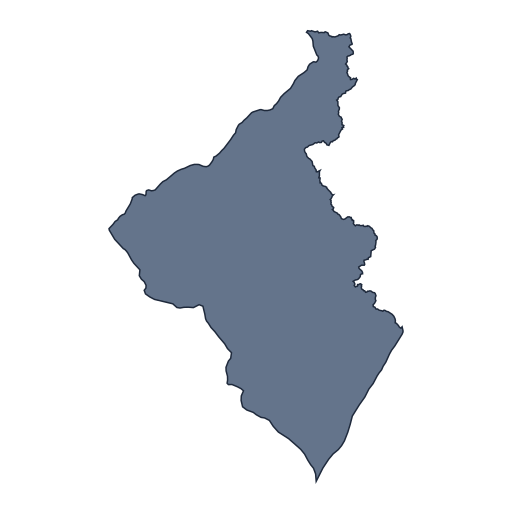 the district of Sing, Louang Namtha, Laos
{"feature_id": "54806243B57426312908571", "entity_name": "Sing", "entity_type": "district", "adm_level": 2, "iso_a3": "LAO", "parent_name": "Laos", "parent_adm1": "Louang Namtha", "projection": "robinson", "projection_center": [101.175, 21.271], "detail": "fine", "context": "isolated", "style": "filled", "palette": "slate", "viewbox_px": 512, "rotation_deg": 0, "n_neighbors": 0, "source": "geoboundaries", "source_scale": "gbopen_adm2", "svg_char_len": 6021}
<svg xmlns="http://www.w3.org/2000/svg" viewBox="0 0 512 512"><path d="M316.2,481.3L322.9,468.0L328.7,459.2L333.1,453.9L338.3,449.6L341.6,445.6L344.4,440.9L347.8,432.2L350.2,424.3L352.3,416.1L359.4,404.7L364.8,397.1L368.9,389.0L373.1,383.6L377.2,375.8L379.1,372.9L381.6,369.8L383.1,366.3L385.8,362.2L389.4,354.2L391.6,350.2L394.7,346.1L402.1,334.2L403.0,332.0L403.0,330.7L402.1,326.8L401.0,328.1L400.6,328.1L399.2,326.9L398.4,325.5L396.4,323.3L395.2,322.8L395.4,320.4L395.0,318.7L393.8,316.2L392.1,314.3L388.1,311.7L386.5,311.4L385.2,310.5L384.0,310.2L382.8,311.2L382.0,310.8L379.2,310.2L377.6,309.0L376.1,309.1L374.8,307.1L373.3,306.6L373.1,304.7L374.4,303.5L375.9,300.7L375.3,299.3L375.4,297.2L376.0,295.8L375.2,293.5L374.5,292.7L372.7,292.4L370.9,291.0L369.3,290.9L368.4,291.3L367.5,291.2L366.8,292.1L365.6,292.3L364.7,290.8L363.6,290.7L363.1,289.8L361.6,289.0L361.3,287.3L361.6,286.4L361.3,285.8L361.8,284.8L360.7,283.8L359.8,283.9L358.3,284.7L357.6,284.6L357.5,286.1L357.1,286.4L355.9,286.5L355.3,286.9L354.2,285.6L354.9,284.0L354.1,282.2L353.1,281.3L355.6,279.9L356.8,279.8L358.4,279.0L360.2,276.7L360.5,274.6L361.6,273.9L362.6,273.8L362.5,272.3L361.7,270.8L359.1,268.5L358.7,267.0L361.5,265.2L364.3,265.2L364.7,264.4L364.4,262.7L363.9,261.4L364.1,260.2L365.9,259.8L366.7,259.3L368.1,259.3L368.4,257.7L370.7,256.6L371.2,250.7L374.5,249.1L375.5,247.4L375.1,246.2L375.6,245.0L376.0,241.9L375.8,240.5L377.0,239.4L377.3,238.1L377.0,236.5L376.0,235.5L375.1,235.2L375.0,234.0L374.0,233.1L373.7,230.6L372.9,230.0L372.0,228.4L370.6,227.6L369.5,226.4L367.7,225.7L367.1,226.4L366.2,226.1L365.4,226.5L364.0,226.4L363.1,225.2L362.5,225.6L360.1,225.6L359.1,224.9L358.3,225.3L358.0,225.0L356.6,224.9L355.3,225.8L353.9,224.4L353.3,223.4L353.7,222.4L353.6,220.6L352.3,220.4L352.5,219.7L351.6,219.1L351.2,217.5L350.6,217.6L349.6,216.9L347.7,216.9L344.9,219.0L343.7,219.4L343.1,219.3L341.4,218.6L340.7,216.7L339.1,214.6L337.8,214.1L337.4,213.2L334.0,211.5L333.2,210.2L332.4,209.5L333.3,208.9L333.7,207.5L331.9,206.0L331.7,204.9L330.9,204.1L331.2,202.3L330.8,201.3L331.1,200.7L330.2,199.5L330.9,199.0L332.0,196.9L332.1,196.2L333.3,194.9L332.9,195.0L331.2,193.6L330.9,192.5L328.1,189.7L326.8,188.1L326.7,187.3L325.2,186.4L323.1,186.0L322.8,185.5L321.9,185.1L321.4,183.3L320.0,182.8L320.3,182.1L319.8,180.9L320.1,178.0L318.8,177.8L319.4,175.8L319.4,171.6L320.0,170.5L317.2,171.9L316.3,171.7L316.1,169.9L314.7,167.9L314.3,166.3L312.9,165.6L312.1,161.5L309.8,158.9L308.7,158.4L306.9,156.5L306.2,153.7L305.6,153.1L304.6,151.4L304.4,149.2L305.7,147.6L307.4,147.1L309.1,145.5L312.8,144.5L315.2,142.7L316.7,143.0L318.7,142.0L319.7,142.6L321.4,142.4L322.1,141.1L323.5,140.8L324.6,142.5L325.3,142.6L326.4,143.7L326.8,144.8L328.9,145.4L330.1,142.9L331.2,141.6L332.5,141.8L333.3,140.6L334.8,140.3L336.2,139.0L336.9,138.8L337.6,137.7L338.7,137.3L339.0,136.6L338.6,134.8L341.0,130.1L342.5,129.0L341.9,127.8L342.6,127.3L343.6,127.3L343.4,126.3L343.8,125.5L342.0,124.7L342.1,122.4L341.5,121.3L342.2,119.2L341.4,118.3L341.3,117.3L339.4,116.3L338.3,114.3L338.7,112.5L338.4,111.2L339.3,109.3L339.4,107.7L337.9,105.5L337.9,101.7L336.7,100.1L337.9,99.4L338.2,98.0L339.1,96.9L340.7,96.6L342.1,94.2L343.5,93.5L345.5,93.1L345.8,91.2L346.6,90.8L348.2,90.5L349.5,89.5L350.7,89.1L352.5,86.9L354.1,85.8L355.1,84.8L355.4,83.3L357.3,79.6L356.5,79.1L356.2,78.1L355.1,79.0L354.4,78.8L353.8,78.3L352.0,79.4L350.5,79.6L350.3,78.7L350.6,77.9L348.5,76.3L347.8,75.1L347.7,74.2L346.9,72.5L347.6,71.0L347.3,70.6L347.5,69.6L348.7,68.7L347.9,67.7L347.9,66.9L347.1,66.3L347.0,65.4L345.6,64.0L346.7,62.6L347.3,61.4L346.9,59.9L347.2,58.4L346.9,57.0L348.2,55.9L349.0,55.9L350.6,55.2L351.1,54.6L352.9,54.2L353.3,53.4L353.1,51.2L348.9,46.8L350.1,45.0L352.0,44.4L352.2,43.9L351.4,41.6L350.9,38.8L350.2,37.9L350.8,36.5L350.7,35.8L350.0,34.0L349.4,33.5L348.0,33.9L347.2,34.6L345.8,34.9L343.7,34.2L340.8,35.0L339.2,34.7L338.1,35.8L335.1,36.9L334.0,36.9L332.8,36.6L332.1,37.0L331.1,36.2L329.5,35.8L328.8,35.2L327.9,32.9L325.3,31.8L324.9,31.9L324.3,32.6L321.0,32.4L318.7,32.8L317.6,31.2L315.1,31.9L311.4,30.7L310.6,31.2L307.6,30.7L306.5,32.3L308.4,33.6L312.2,38.6L312.9,41.1L313.3,46.2L316.8,55.0L318.0,56.1L318.5,57.6L318.3,59.0L317.5,60.8L316.1,62.1L315.4,62.2L314.9,61.9L313.3,61.8L309.6,64.2L308.1,66.6L307.1,69.9L304.0,72.6L298.3,76.3L294.9,80.5L293.4,83.7L290.5,88.4L284.2,93.6L280.6,97.3L278.6,101.0L276.5,103.7L274.3,105.6L272.8,108.7L269.9,110.0L267.4,110.5L264.3,110.5L261.1,109.6L259.9,109.7L252.9,112.0L251.5,112.8L246.8,117.9L244.0,120.3L242.1,122.5L239.3,124.2L238.4,125.3L236.2,129.6L235.6,132.8L233.5,135.2L230.5,139.8L223.9,148.5L221.8,150.5L219.6,153.1L216.0,156.1L213.8,157.1L213.3,159.4L212.0,161.7L209.5,165.1L207.9,166.2L206.3,166.7L204.5,166.5L203.1,166.3L198.9,164.5L196.7,164.4L194.3,164.4L190.3,165.5L184.5,168.3L181.2,169.3L177.4,171.0L174.4,173.0L166.4,179.8L162.9,181.6L160.5,183.9L155.2,189.9L153.5,190.5L151.5,190.8L148.7,189.9L146.8,190.5L146.2,191.2L146.0,194.3L145.6,195.3L145.1,195.7L142.6,194.6L139.3,193.9L138.3,194.0L135.1,195.2L132.3,197.6L132.2,198.9L130.3,203.9L126.0,211.0L125.2,213.1L124.4,214.1L122.3,214.8L120.0,216.4L118.3,218.5L117.8,219.7L115.1,221.5L113.0,224.4L109.0,228.6L109.3,230.2L114.7,239.3L123.4,248.7L124.8,249.4L126.5,251.2L127.9,253.1L131.5,259.8L133.9,263.3L139.9,269.8L139.3,275.7L141.4,279.2L144.2,281.6L146.1,285.4L145.9,288.1L144.2,290.3L145.5,293.9L149.9,297.0L154.5,299.4L172.8,303.8L176.9,307.5L180.0,308.0L184.0,307.3L188.3,307.2L193.4,307.6L199.1,304.7L202.9,306.2L204.8,314.0L205.6,318.8L206.6,321.1L208.4,323.3L211.0,327.5L214.9,331.7L218.8,336.9L224.7,343.8L227.5,348.6L231.5,352.7L230.7,358.3L228.4,361.1L226.0,367.3L226.1,370.9L227.5,376.2L227.6,380.1L227.1,383.2L228.4,384.6L232.0,384.5L237.5,386.8L241.1,388.7L243.5,390.8L241.3,395.9L241.1,400.4L242.6,406.8L246.8,410.0L253.3,412.4L256.4,414.8L261.1,417.4L264.5,417.9L269.4,420.4L273.3,426.4L278.4,432.1L288.7,438.7L300.7,449.3L304.6,454.1L307.9,460.3L310.8,464.9L313.5,468.2L315.6,473.9L316.2,481.3Z" fill="#64748b" stroke="#1e293b" stroke-width="1.5"/></svg>